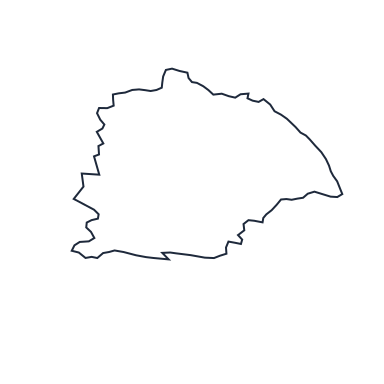 Arabutã, Santa Catarina, Brazil (Equal Earth projection), rotated 125°
{"feature_id": "56859067B92044230546448", "entity_name": "Arabutã", "entity_type": "district", "adm_level": 2, "iso_a3": "BRA", "parent_name": "Brazil", "parent_adm1": "Santa Catarina", "projection": "equal_earth", "projection_center": [-52.181, -27.135], "detail": "fine", "context": "isolated", "style": "outline", "palette": "slate", "viewbox_px": 384, "rotation_deg": 125, "n_neighbors": 0, "source": "geoboundaries", "source_scale": "gbopen_adm2", "svg_char_len": 1602}
<svg xmlns="http://www.w3.org/2000/svg" viewBox="0 0 384 384"><g transform="rotate(125 192 192)"><path d="M300.4,231.7L293.0,229.8L288.7,225.5L284.3,221.9L280.4,213.6L275.9,201.5L271.7,192.3L268.2,185.8L260.6,172.5L258.9,181.4L254.1,175.2L251.4,169.9L244.5,156.9L238.4,143.8L233.5,136.1L228.1,132.5L222.8,128.4L218.0,132.3L211.7,133.7L208.9,127.6L206.5,122.1L202.2,123.6L200.9,129.6L193.4,127.2L188.7,131.4L182.7,129.6L179.9,124.6L176.4,116.8L172.4,118.7L167.7,118.3L161.1,116.3L153.8,115.3L147.1,114.8L143.6,110.6L141.2,105.9L136.9,101.8L133.0,97.7L127.0,96.2L121.5,91.9L118.7,83.2L116.3,75.8L112.8,70.1L107.5,67.7L104.2,72.8L100.0,79.2L97.8,85.5L95.4,90.2L91.8,94.9L88.2,101.2L85.2,108.9L83.4,117.5L81.4,125.7L80.4,131.1L81.1,137.2L79.4,144.4L78.5,150.3L77.6,156.2L77.6,163.5L78.5,170.7L75.5,178.1L74.9,186.7L80.0,189.1L82.4,194.7L83.4,200.3L79.0,202.2L84.1,208.3L89.9,210.7L92.4,216.8L94.4,224.0L100.0,230.4L99.1,237.0L98.9,243.4L99.8,250.6L102.0,255.1L100.6,260.2L96.9,264.2L100.0,271.6L102.4,279.1L107.0,283.4L113.9,281.9L119.4,279.1L123.9,276.6L128.8,279.6L133.0,283.8L135.4,288.7L138.3,294.2L142.7,299.5L148.9,303.8L153.2,308.6L157.5,312.7L161.7,309.5L166.2,305.7L171.9,309.5L176.5,316.3L181.9,315.0L185.4,308.6L187.0,302.5L191.4,301.8L197.3,304.5L203.1,292.5L208.0,295.0L214.6,289.7L219.0,292.7L231.0,277.9L240.1,292.9L249.8,284.0L265.5,284.9L262.7,262.1L263.8,255.7L267.8,253.8L272.6,258.1L277.4,260.7L281.7,258.3L282.6,251.9L285.7,245.6L291.6,248.2L297.3,255.3L303.1,257.7L309.1,256.8L306.5,250.0L307.1,241.4L302.7,237.0L300.4,231.7Z" fill="none" stroke="#1e293b" stroke-width="2"/></g></svg>